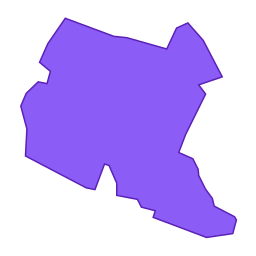 Khiva city, Khorezm, Uzbekistan, rotated 269°
{"feature_id": "79887680B59806370896431", "entity_name": "Khiva city", "entity_type": "district", "adm_level": 2, "iso_a3": "UZB", "parent_name": "Uzbekistan", "parent_adm1": "Khorezm", "projection": "albers", "projection_center": [60.357, 41.382], "detail": "fine", "context": "isolated", "style": "filled", "palette": "violet", "viewbox_px": 256, "rotation_deg": 269, "n_neighbors": 0, "source": "geoboundaries", "source_scale": "gbopen_adm2", "svg_char_len": 654}
<svg xmlns="http://www.w3.org/2000/svg" viewBox="0 0 256 256"><g transform="rotate(269 128 128)"><path d="M164.5,26.9L151.8,21.2L128.8,26.9L101.8,25.0L68.9,85.2L67.0,93.9L92.4,103.9L90.8,108.4L73.0,115.8L60.8,115.6L56.5,136.2L48.6,140.0L44.8,153.8L38.2,151.6L17.2,204.6L20.6,230.9L34.1,234.8L37.4,233.0L48.4,212.8L56.1,211.1L65.6,204.4L79.2,197.9L85.5,197.4L96.1,192.3L102.6,178.3L116.3,183.8L120.5,185.5L160.6,206.2L169.9,199.4L177.5,223.1L214.2,204.8L232.0,189.7L227.1,178.3L206.3,168.1L218.3,128.5L219.9,115.4L238.8,67.2L213.7,49.3L195.2,40.7L186.0,51.4L173.8,47.8L175.7,39.0L164.5,26.9Z" fill="#8b5cf6" stroke="#5b21b6" stroke-width="1.5"/></g></svg>